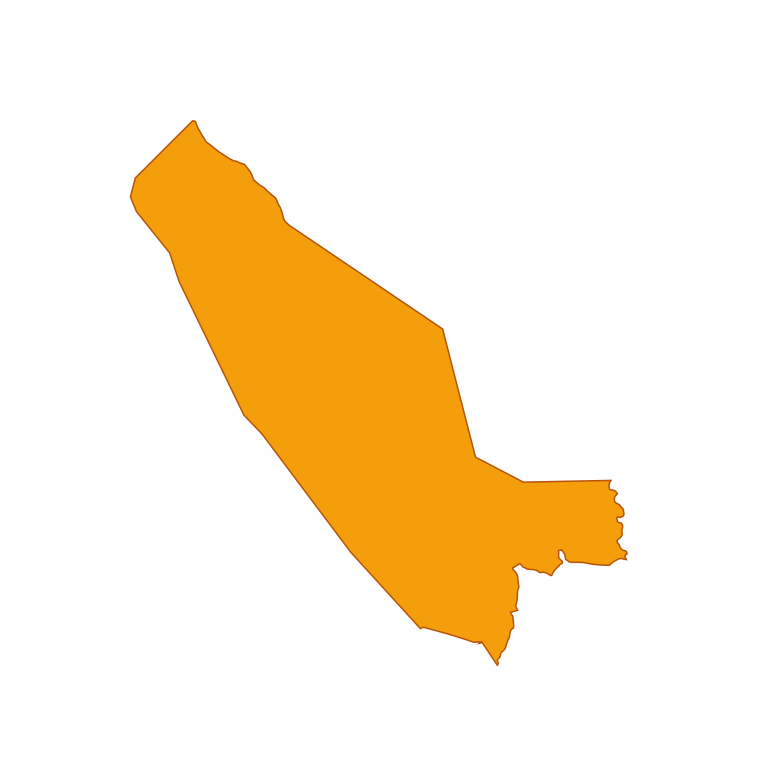 outline of San José del Peñasco, Oaxaca, Mexico, rotated 167°
{"feature_id": "50627088B98907019686863", "entity_name": "San José del Peñasco", "entity_type": "district", "adm_level": 2, "iso_a3": "MEX", "parent_name": "Mexico", "parent_adm1": "Oaxaca", "projection": "mercator", "projection_center": [-96.508, 16.278], "detail": "fine", "context": "isolated", "style": "filled", "palette": "amber", "viewbox_px": 768, "rotation_deg": 167, "n_neighbors": 0, "source": "geoboundaries", "source_scale": "gbopen_adm2", "svg_char_len": 3872}
<svg xmlns="http://www.w3.org/2000/svg" viewBox="0 0 768 768"><g transform="rotate(167 384 384)"><path d="M511.3,683.5L579.9,640.7L589.0,623.4L587.7,615.7L586.4,607.7L563.4,560.0L560.6,530.0L527.5,385.2L514.2,362.9L489.9,308.0L454.1,227.3L403.6,137.5L403.4,137.7L400.3,138.1L378.9,126.6L368.7,120.7L368.3,120.4L366.4,119.3L363.4,117.6L362.8,117.3L355.1,112.4L353.1,111.9L347.8,111.0L349.6,109.9L346.4,109.9L345.9,108.5L345.8,108.2L336.9,84.5L336.5,84.6L335.5,86.3L335.4,87.2L335.6,87.9L335.7,88.8L335.7,89.2L335.2,90.1L334.7,90.5L333.3,91.3L332.4,92.0L331.9,92.8L331.6,93.7L330.7,95.2L330.0,96.1L328.5,96.8L326.7,98.0L325.9,98.6L325.0,99.6L324.1,101.3L322.4,104.2L321.8,105.1L320.9,106.6L320.4,107.3L319.7,107.7L319.2,108.4L318.0,110.9L317.6,112.6L315.8,115.5L314.9,116.3L314.4,116.6L313.7,116.8L313.1,116.9L312.4,118.1L312.0,119.0L311.8,120.6L311.7,121.3L311.4,123.2L310.8,128.2L311.0,129.4L311.5,130.6L312.0,131.4L312.1,133.1L310.9,133.0L309.1,133.2L307.7,133.3L305.9,133.4L304.7,133.5L305.3,136.0L305.9,138.1L304.9,139.2L303.4,142.5L302.8,144.0L301.8,147.3L300.4,152.3L298.2,156.0L298.1,157.8L298.0,158.8L297.9,160.1L297.4,163.7L297.1,167.1L297.2,168.1L297.5,169.5L298.2,171.1L298.8,172.2L299.3,173.1L300.1,174.5L300.3,175.6L297.6,176.6L292.2,178.4L291.2,177.3L290.5,176.0L289.8,174.4L289.1,173.8L288.2,173.5L287.7,173.2L287.4,172.6L287.0,172.0L286.2,171.5L281.8,170.0L280.5,169.7L279.0,169.0L277.6,168.2L276.5,167.3L275.7,166.2L275.1,165.7L274.4,165.2L273.6,164.9L272.6,164.9L271.3,164.8L270.0,164.2L268.7,163.5L267.2,162.4L265.2,160.4L264.7,159.9L264.2,159.8L263.6,159.8L262.3,161.5L260.6,163.3L259.6,164.3L256.0,166.5L254.5,167.3L253.5,168.3L252.7,168.7L250.6,169.3L250.1,170.4L250.4,171.4L251.3,172.7L253.0,175.9L252.8,176.1L252.0,179.0L251.3,182.5L248.8,182.3L248.2,182.5L246.3,177.5L246.4,172.1L244.9,170.7L243.7,169.1L241.4,168.0L238.4,167.5L236.4,166.9L233.5,166.2L229.6,165.1L226.8,163.9L224.0,162.6L220.9,161.3L219.7,160.9L216.2,159.7L212.7,158.7L208.5,157.5L205.5,156.7L204.1,157.3L200.5,159.1L199.1,159.7L194.4,160.8L192.2,160.7L189.7,159.4L187.4,158.4L188.0,161.4L187.7,162.6L186.6,163.3L185.8,163.6L185.3,164.0L185.4,165.8L186.4,167.3L188.1,167.9L189.5,169.3L190.8,172.0L191.0,174.4L191.4,175.5L192.3,176.9L192.3,178.4L191.6,179.6L189.8,180.3L187.9,181.5L186.2,182.8L185.8,183.6L185.5,185.9L185.3,187.7L184.9,188.8L184.1,190.1L183.6,191.0L183.3,192.9L183.7,194.3L184.3,195.3L185.3,195.7L186.6,196.4L187.2,197.0L187.4,197.7L187.3,198.5L187.4,200.4L187.4,201.1L187.0,201.5L185.9,201.9L185.1,201.3L184.2,200.9L183.2,200.8L180.4,201.6L179.4,203.3L179.2,206.2L179.0,207.7L179.7,209.6L180.9,211.2L181.6,213.1L182.4,214.0L184.5,215.6L185.7,217.6L185.6,219.1L185.0,221.4L183.8,222.8L183.0,223.4L182.3,223.9L181.6,224.2L181.4,224.9L181.9,226.3L182.4,227.2L183.0,228.0L183.6,228.4L184.6,229.1L185.5,229.4L186.8,229.8L187.6,230.3L188.0,231.1L187.9,232.9L187.5,234.8L186.5,237.0L185.1,238.4L184.5,239.0L270.3,257.0L311.3,292.1L313.1,365.2L314.5,424.4L316.2,426.2L440.7,560.0L443.0,563.5L443.8,564.6L444.5,567.1L444.7,569.8L444.7,570.5L444.8,573.0L444.8,575.0L445.0,576.4L445.5,579.4L446.2,581.9L446.8,583.6L447.3,587.9L447.5,588.3L447.8,589.2L448.1,590.0L448.4,590.4L450.0,592.5L450.9,593.6L453.1,596.7L454.3,598.2L455.7,600.6L456.6,602.1L458.5,604.0L460.2,605.6L461.1,606.8L463.3,609.7L463.4,609.8L464.6,611.6L465.2,612.4L465.5,615.7L465.6,616.6L466.4,620.5L466.6,621.1L467.4,622.7L470.5,629.3L474.8,631.9L475.4,632.4L477.8,634.3L478.3,634.5L480.4,635.3L482.8,637.4L484.9,639.2L485.3,639.7L487.1,641.6L488.3,642.9L488.7,643.3L491.2,645.9L492.4,647.2L492.6,647.4L496.1,651.7L496.9,652.7L497.6,653.6L499.8,656.4L502.8,659.8L503.0,660.4L503.6,662.4L503.8,663.0L504.8,665.8L505.1,666.6L505.8,668.8L506.3,670.7L506.8,672.3L507.0,672.8L507.8,675.8L507.9,676.3L508.2,678.4L508.6,681.6L508.8,682.4L511.3,683.5Z" fill="#f59e0b" stroke="#b45309" stroke-width="1.5"/></g></svg>